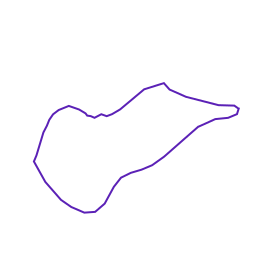 the Municipality of Brežice, rotated 51°
{"feature_id": "SVN-938", "entity_name": "Brežice", "entity_type": "Municipality", "adm_level": 1, "iso_a3": "SVN", "parent_name": "Slovenia", "parent_adm1": "", "projection": "orthographic", "projection_center": [15.611, 45.93], "detail": "fine", "context": "isolated", "style": "outline", "palette": "violet", "viewbox_px": 256, "rotation_deg": 51, "n_neighbors": 0, "source": "natural_earth", "source_scale": "10m", "svg_char_len": 676}
<svg xmlns="http://www.w3.org/2000/svg" viewBox="0 0 256 256"><g transform="rotate(51 128 128)"><path d="M182.6,29.8L185.8,34.6L183.1,43.8L176.0,54.6L171.3,72.5L171.2,72.6L171.9,90.9L173.0,118.0L172.1,132.7L168.9,143.7L164.6,154.1L162.2,164.7L164.8,176.0L172.1,193.7L172.5,206.3L166.3,215.2L153.7,221.8L141.7,225.3L117.9,226.2L94.8,222.2L94.7,222.0L91.7,216.4L78.2,196.5L75.2,189.6L72.1,184.0L70.2,177.6L70.4,170.6L73.6,160.1L82.8,154.4L89.9,151.8L92.7,151.9L95.3,149.5L99.0,147.6L100.5,140.1L105.4,137.1L107.2,131.7L108.6,122.4L108.1,91.1L115.7,71.9L124.3,71.5L140.3,63.3L167.2,43.3L177.5,31.3L182.5,29.9L182.6,29.8Z" fill="none" stroke="#5b21b6" stroke-width="2"/></g></svg>